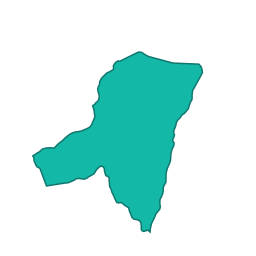 outline of Pontal, São Paulo, Brazil, rotated 209°
{"feature_id": "56859067B44935232786988", "entity_name": "Pontal", "entity_type": "district", "adm_level": 2, "iso_a3": "BRA", "parent_name": "Brazil", "parent_adm1": "São Paulo", "projection": "equal_earth", "projection_center": [-48.065, -20.99], "detail": "fine", "context": "isolated", "style": "filled", "palette": "teal", "viewbox_px": 256, "rotation_deg": 209, "n_neighbors": 0, "source": "geoboundaries", "source_scale": "gbopen_adm2", "svg_char_len": 1925}
<svg xmlns="http://www.w3.org/2000/svg" viewBox="0 0 256 256"><g transform="rotate(209 128 128)"><path d="M197.7,57.4L195.9,56.3L194.2,53.7L191.6,51.7L190.2,50.6L188.5,49.9L185.6,50.1L171.2,37.8L157.1,48.8L153.8,51.1L152.1,53.2L150.0,55.9L148.6,58.6L146.6,60.0L144.9,60.7L141.6,62.0L140.0,63.6L138.7,66.4L137.1,68.8L135.5,71.6L135.3,76.1L134.3,79.9L132.8,81.8L131.1,82.0L129.1,81.1L127.2,78.3L124.2,75.6L122.0,75.9L120.2,75.2L119.2,73.1L117.5,70.8L115.7,67.9L113.4,66.5L110.8,63.9L107.8,61.9L103.6,58.6L101.7,57.4L99.8,58.0L98.2,59.3L96.2,59.4L93.8,58.8L91.5,58.7L88.7,58.5L86.4,55.9L83.7,53.9L81.2,51.7L78.9,51.2L75.3,52.3L72.7,52.5L70.4,51.0L68.4,48.0L67.3,45.8L65.8,44.9L64.0,45.2L61.2,48.3L58.3,47.7L59.8,51.2L61.1,55.8L61.3,59.1L61.5,62.8L61.9,66.5L60.9,72.4L61.5,74.7L63.5,77.3L65.3,80.7L65.5,85.0L65.8,87.4L66.7,90.0L68.2,92.7L68.6,95.2L68.5,98.8L71.0,103.6L72.7,106.7L74.1,112.1L74.6,117.9L75.1,120.2L78.0,126.4L79.0,129.8L79.5,135.3L80.7,137.6L83.0,138.5L83.4,141.3L83.9,144.4L85.6,145.6L86.8,148.5L87.1,151.8L87.6,154.0L88.4,156.4L88.2,159.7L87.4,162.1L87.1,165.7L85.6,168.4L84.6,174.1L85.3,177.1L85.9,180.4L85.8,183.8L86.7,185.7L88.1,188.2L89.6,192.0L89.6,205.2L89.6,207.6L89.8,212.6L91.6,215.0L93.8,217.1L97.0,218.2L120.1,206.6L144.7,200.5L147.1,200.4L150.4,200.6L153.0,200.7L155.5,199.6L157.2,197.3L167.6,182.4L169.2,181.9L170.8,179.0L171.0,175.5L169.0,172.0L170.3,170.1L171.8,167.7L173.3,165.6L174.4,161.7L175.3,158.6L175.2,154.7L174.0,152.1L174.0,149.8L173.4,147.4L171.8,145.3L168.8,142.3L167.8,140.1L167.3,137.2L168.3,134.6L168.7,132.4L169.7,130.3L167.8,128.5L166.2,127.0L164.0,123.8L162.4,121.9L162.1,119.3L161.7,115.8L161.4,113.1L161.9,110.2L163.6,107.5L167.4,102.7L169.4,101.0L171.8,99.2L174.0,97.1L175.7,94.6L177.2,91.3L178.2,88.6L179.2,85.2L181.2,80.7L182.9,74.6L186.0,73.2L189.3,71.3L192.6,68.2L193.8,64.5L195.0,62.6L196.2,60.3L197.7,57.4Z" fill="#14b8a6" stroke="#0f766e" stroke-width="1.5"/></g></svg>